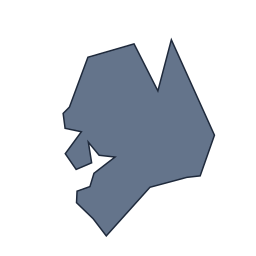 the district of Charlottesville, Virginia, United States of America, rotated 329°
{"feature_id": "52423323B38941447839141", "entity_name": "Charlottesville", "entity_type": "district", "adm_level": 2, "iso_a3": "USA", "parent_name": "United States of America", "parent_adm1": "Virginia", "projection": "natural_earth1", "projection_center": [-78.498, 38.04], "detail": "fine", "context": "isolated", "style": "filled", "palette": "slate", "viewbox_px": 256, "rotation_deg": 329, "n_neighbors": 0, "source": "geoboundaries", "source_scale": "gbopen_adm2", "svg_char_len": 449}
<svg xmlns="http://www.w3.org/2000/svg" viewBox="0 0 256 256"><g transform="rotate(329 128 128)"><path d="M45.4,165.5L51.4,187.8L53.8,209.3L116.3,190.1L153.0,200.6L165.2,206.2L198.4,178.7L210.6,74.7L172.7,111.6L176.5,59.0L130.1,46.7L88.6,79.9L79.9,82.1L73.9,95.9L86.1,107.2L61.0,117.7L62.2,136.8L78.9,139.1L86.7,119.7L89.2,136.5L101.9,146.2L75.5,149.3L65.2,158.6L51.8,155.9L45.4,165.5Z" fill="#64748b" stroke="#1e293b" stroke-width="1.5"/></g></svg>